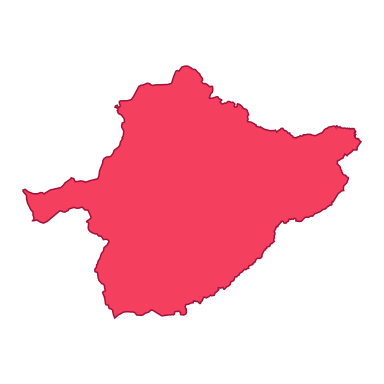 Ribaue, Nampula, Mozambique (Mercator projection), rotated 180°
{"feature_id": "85939544B68369930448432", "entity_name": "Ribaue", "entity_type": "district", "adm_level": 2, "iso_a3": "MOZ", "parent_name": "Mozambique", "parent_adm1": "Nampula", "projection": "mercator", "projection_center": [38.027, -15.017], "detail": "fine", "context": "isolated", "style": "filled", "palette": "rose", "viewbox_px": 384, "rotation_deg": 180, "n_neighbors": 0, "source": "geoboundaries", "source_scale": "gbopen_adm2", "svg_char_len": 5954}
<svg xmlns="http://www.w3.org/2000/svg" viewBox="0 0 384 384"><g transform="rotate(180 192 192)"><path d="M114.0,253.3L119.8,254.8L123.7,257.2L124.3,256.6L127.2,257.5L128.0,258.1L127.7,258.8L128.1,259.2L132.6,261.8L136.2,262.3L136.6,263.0L135.9,264.6L136.6,267.8L135.3,269.2L137.0,273.9L138.2,274.8L140.5,275.4L142.1,277.7L144.3,279.5L146.3,280.2L146.8,279.6L146.9,277.6L147.7,277.1L149.2,277.0L149.8,277.9L149.1,279.9L151.1,281.8L152.5,281.5L154.7,282.5L155.9,282.6L157.8,280.8L159.3,281.0L161.7,279.9L162.0,280.1L163.8,281.8L163.6,282.5L162.4,283.6L162.4,284.3L164.6,285.0L166.3,287.2L167.6,287.2L171.3,285.9L174.5,285.6L174.8,286.3L174.3,286.9L173.6,289.8L171.6,291.9L171.2,294.9L171.5,297.5L172.6,297.8L174.2,297.2L177.5,300.0L178.9,300.5L180.4,300.2L182.4,302.0L182.4,302.7L181.4,304.0L181.5,305.4L183.9,308.7L184.4,310.3L186.0,311.4L188.7,314.4L191.8,315.0L192.8,316.0L195.8,317.7L197.7,318.0L199.7,317.7L202.3,316.8L204.8,313.2L205.7,313.0L206.6,313.5L208.1,312.8L210.3,307.5L212.2,301.3L212.9,300.5L216.4,299.5L228.6,299.1L231.5,298.6L232.8,298.9L234.3,300.3L236.8,300.8L240.5,299.1L243.3,298.7L245.2,297.5L250.3,287.8L252.6,284.4L256.5,283.3L263.5,283.1L264.5,282.6L264.7,282.0L264.5,280.2L263.6,278.7L264.4,277.0L265.6,276.5L266.7,278.8L268.5,278.1L269.0,276.8L267.2,276.1L266.0,274.9L266.0,274.1L266.8,273.3L266.1,272.2L266.1,271.3L265.0,270.1L262.9,269.3L259.9,265.5L259.5,262.6L260.0,261.7L261.7,261.0L262.4,258.2L262.2,256.7L260.2,252.9L260.8,247.9L261.9,246.5L261.9,245.9L261.3,245.4L263.5,242.2L264.3,238.5L266.1,236.4L269.9,233.7L270.9,230.7L272.7,228.2L274.0,227.3L277.8,226.9L280.1,225.2L281.0,223.6L281.4,220.7L284.4,213.4L285.1,208.0L286.3,205.2L294.1,203.3L298.8,201.7L298.9,202.1L300.0,202.5L303.1,203.1L308.6,202.3L309.4,203.3L310.2,205.4L312.8,206.2L313.2,205.2L318.9,201.2L321.1,198.2L323.1,196.5L334.0,193.9L339.1,190.8L339.6,190.1L341.7,191.3L343.2,191.5L346.6,190.2L350.9,190.3L356.1,192.4L358.9,194.7L360.9,194.0L361.0,192.9L359.9,191.2L357.7,188.9L357.4,187.4L357.5,185.1L356.4,180.9L353.3,174.4L351.0,171.9L351.0,168.8L350.0,166.0L350.3,164.6L351.4,163.2L351.0,163.1L347.1,164.0L343.5,161.8L340.5,160.9L336.6,162.7L324.7,172.8L323.2,173.2L321.1,172.2L319.1,171.9L316.1,173.4L315.0,175.0L310.0,176.6L307.5,175.8L305.4,175.8L301.7,176.9L299.3,174.1L296.0,173.8L292.9,166.9L293.4,165.5L297.3,162.7L297.0,161.9L295.7,161.4L295.4,160.6L295.8,156.2L295.3,154.3L294.4,153.0L292.0,151.3L288.8,150.1L287.0,150.1L285.4,148.0L282.7,147.8L280.6,144.4L277.8,144.7L276.4,144.3L275.3,143.3L275.1,142.1L276.2,140.5L276.2,139.6L280.0,136.3L280.6,132.9L282.6,130.5L284.1,125.6L285.8,123.1L286.6,120.0L287.4,119.3L287.6,116.6L289.1,114.9L289.1,112.8L288.8,112.2L287.0,111.7L286.4,111.0L285.8,106.1L285.0,103.6L282.4,100.5L280.6,99.8L279.6,98.4L279.4,95.8L278.6,93.4L279.0,92.9L280.7,92.5L281.4,91.4L280.0,87.8L279.3,87.3L279.6,86.1L279.1,84.9L278.5,80.1L278.0,79.3L275.6,78.7L275.2,76.4L274.6,75.3L272.9,75.2L271.5,74.0L270.7,69.8L269.3,66.0L265.4,69.4L263.6,70.1L260.6,71.9L257.0,72.3L250.3,71.9L249.4,71.5L247.1,68.9L242.3,68.7L240.7,69.3L239.1,70.7L235.5,71.8L232.9,74.0L231.3,73.7L222.1,68.1L214.9,69.2L213.0,69.1L212.2,69.5L210.5,69.1L209.5,70.1L209.6,71.3L209.3,72.0L208.0,72.6L206.7,72.4L205.7,73.0L205.0,72.9L203.4,71.2L203.6,70.0L203.2,69.4L200.4,69.0L198.3,69.9L197.6,71.4L197.7,74.9L198.7,76.5L198.8,77.5L197.9,79.5L195.5,79.8L192.6,81.1L190.8,81.2L190.6,82.9L190.0,83.2L188.9,82.7L186.1,82.4L184.4,80.5L183.5,80.6L183.1,81.9L181.7,83.5L180.5,86.5L179.7,86.9L177.6,86.1L174.7,87.7L173.4,88.9L172.2,88.2L169.9,88.7L168.7,91.4L167.3,92.2L165.2,94.4L165.7,95.3L165.6,96.3L163.3,95.9L161.1,96.6L160.3,94.9L159.5,94.8L157.2,97.4L156.3,97.4L153.8,99.5L153.2,102.1L150.3,103.4L148.9,107.3L147.2,107.1L146.1,108.7L144.9,109.0L144.7,110.1L143.7,111.1L141.8,112.1L139.9,114.4L138.9,114.7L138.2,114.3L136.4,115.6L135.3,115.7L135.5,116.9L135.2,118.0L131.2,119.6L131.4,120.5L129.7,121.3L128.8,122.3L127.9,124.8L126.4,125.8L124.2,125.5L122.7,126.4L122.0,127.5L122.1,129.0L120.5,132.4L119.7,133.7L118.5,134.2L118.6,135.0L117.2,135.9L117.2,136.9L114.5,137.6L113.1,140.4L112.2,140.4L109.7,142.6L110.2,143.2L110.2,144.2L110.1,145.6L109.5,146.2L109.8,148.5L109.2,149.2L109.0,150.4L109.2,151.7L109.8,151.9L109.9,152.7L108.4,154.8L108.0,156.9L107.2,156.8L107.0,157.7L106.1,157.6L106.0,158.4L102.8,162.0L102.9,162.3L102.1,162.8L100.7,162.4L99.9,160.9L98.3,160.9L97.7,161.1L97.6,161.8L95.6,162.8L95.0,164.7L94.2,165.0L93.7,164.5L92.4,164.9L90.5,164.8L90.0,165.5L89.3,165.6L88.0,164.7L88.1,163.1L84.7,162.5L82.6,162.8L78.9,166.6L77.9,166.9L75.5,166.6L73.4,167.9L71.2,167.9L69.5,170.1L64.1,172.2L61.0,174.5L58.4,175.2L56.7,177.2L55.4,177.8L54.7,178.6L53.1,178.8L52.2,179.4L51.8,182.4L50.9,182.1L45.9,190.3L42.1,193.3L40.3,193.4L40.6,195.2L40.3,198.0L37.1,201.3L35.6,205.7L35.9,206.6L37.3,207.1L38.4,208.8L39.6,208.8L40.5,209.4L41.3,210.1L41.6,211.3L42.4,211.9L42.3,213.3L43.1,214.3L43.9,217.2L46.9,220.5L46.6,221.0L46.5,223.4L45.1,223.6L43.1,225.0L41.2,225.7L39.2,229.9L36.9,228.3L35.7,229.8L32.2,232.3L30.9,234.1L27.2,234.0L26.8,234.7L27.0,236.1L25.9,238.3L23.0,242.3L24.7,243.5L25.2,245.0L25.9,245.2L26.3,244.9L26.9,245.7L28.2,245.5L29.0,246.7L28.8,248.0L29.5,247.8L29.6,248.3L28.3,249.5L29.4,250.3L29.2,250.9L29.5,251.1L28.8,251.5L29.0,252.0L28.4,252.1L28.3,252.7L29.1,253.3L29.7,255.0L30.9,255.6L31.7,255.2L32.5,255.5L33.8,254.8L34.4,255.7L35.8,255.4L36.7,255.8L37.3,255.5L39.5,256.0L40.7,255.8L43.1,256.2L43.5,257.0L44.3,257.1L45.1,256.4L47.2,258.2L48.0,257.7L48.1,256.5L48.7,257.5L50.2,257.9L55.6,256.8L56.7,255.6L57.7,255.5L59.5,254.4L61.9,251.1L63.4,250.8L68.6,248.3L72.4,249.0L73.2,249.6L77.0,249.7L78.3,249.2L80.5,249.3L81.2,248.3L82.5,247.8L83.7,248.3L85.3,247.3L87.0,246.9L87.8,246.0L89.0,246.5L90.7,246.4L91.2,247.7L93.9,249.6L94.3,251.0L96.0,250.7L96.4,251.7L98.1,253.2L99.6,253.5L101.4,255.7L102.9,255.6L103.7,254.5L105.5,253.6L107.3,251.9L108.6,253.9L109.6,253.4L114.0,253.3Z" fill="#f43f5e" stroke="#9f1239" stroke-width="1.5"/></g></svg>